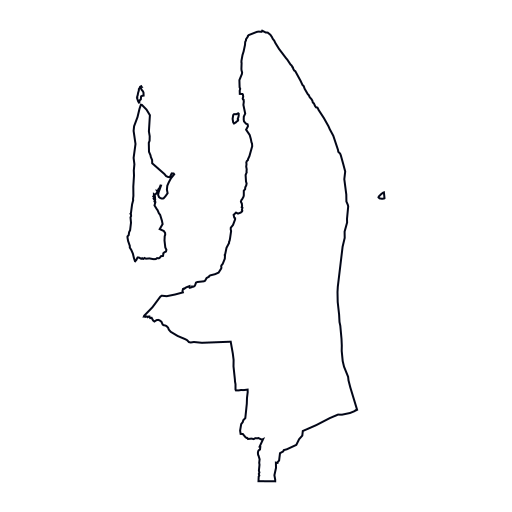 the district of Kaskazini A, Kaskazini-Unguja, United Republic of Tanzania
{"feature_id": "72390352B77186952625716", "entity_name": "Kaskazini A", "entity_type": "district", "adm_level": 2, "iso_a3": "TZA", "parent_name": "United Republic of Tanzania", "parent_adm1": "Kaskazini-Unguja", "projection": "robinson", "projection_center": [39.277, -5.856], "detail": "fine", "context": "isolated", "style": "outline", "palette": "ink", "viewbox_px": 512, "rotation_deg": 0, "n_neighbors": 0, "source": "geoboundaries", "source_scale": "gbopen_adm2", "svg_char_len": 6042}
<svg xmlns="http://www.w3.org/2000/svg" viewBox="0 0 512 512"><path d="M357.1,409.8L350.3,387.4L348.5,380.4L348.1,376.8L344.0,366.6L342.7,361.1L341.7,350.9L341.8,345.7L341.5,338.9L340.3,325.8L339.5,322.0L339.1,314.6L337.7,302.0L337.5,292.0L337.8,286.7L342.6,246.7L344.7,237.9L344.6,231.6L347.1,222.5L347.0,218.9L348.2,206.4L347.8,204.8L346.4,201.5L346.3,194.6L344.3,179.2L345.2,171.5L343.3,164.3L340.8,155.3L340.1,153.6L338.3,151.8L338.0,149.9L333.3,135.8L329.7,129.1L328.5,126.3L323.9,118.1L318.5,109.8L317.9,108.4L317.4,107.6L316.1,107.4L315.1,106.1L313.9,103.4L312.8,102.5L312.4,100.8L311.5,99.2L309.7,97.2L308.7,95.0L307.9,94.4L304.6,88.7L303.7,86.1L302.5,85.0L300.6,80.9L295.3,71.2L294.2,70.5L293.2,68.7L292.9,67.4L292.5,67.3L291.7,65.6L290.5,64.5L287.2,59.5L286.2,58.4L279.0,48.9L275.3,42.9L274.2,40.6L272.8,38.9L271.9,37.0L270.4,34.8L267.7,32.6L265.7,32.5L262.2,30.7L261.6,31.8L258.5,31.6L256.8,31.9L248.7,35.1L247.9,35.9L247.9,36.5L246.0,39.3L246.0,40.3L245.2,42.0L245.0,44.9L243.6,51.5L242.5,55.0L241.5,60.5L241.4,62.3L241.6,62.8L241.4,68.8L241.5,70.2L242.1,72.4L241.9,74.0L239.4,80.1L239.6,87.3L240.2,88.8L239.7,90.6L239.8,93.9L242.5,94.0L242.9,94.6L243.2,96.7L242.7,98.6L243.0,99.4L243.6,99.7L243.8,101.7L243.4,104.9L245.2,113.6L243.8,116.6L243.7,119.5L244.0,121.4L245.9,123.6L247.6,124.3L247.9,125.7L247.9,126.4L246.1,129.7L249.7,135.0L250.8,138.9L251.5,142.4L252.0,143.5L252.2,146.2L249.4,156.2L248.0,159.2L247.9,160.1L246.8,161.1L246.3,162.5L246.5,164.2L246.2,166.6L246.7,169.3L246.5,171.3L246.7,172.2L245.6,175.0L246.0,181.5L246.6,183.5L246.2,185.5L245.3,187.2L245.1,189.2L243.8,190.7L243.8,195.4L243.5,196.7L242.1,199.3L241.5,199.9L240.9,201.5L241.2,202.6L241.8,203.3L242.1,206.0L241.7,207.2L242.4,207.7L241.9,210.0L242.3,210.7L242.1,211.4L240.7,212.6L238.0,213.6L236.0,212.6L233.6,214.9L234.3,217.7L235.1,218.2L235.1,219.4L233.0,225.0L230.8,227.7L230.7,229.3L231.1,231.1L230.0,238.7L229.6,240.7L229.0,242.0L229.1,242.9L226.5,247.8L225.2,254.1L224.7,255.0L225.0,255.4L224.8,258.7L222.7,263.9L221.6,265.2L221.2,266.1L221.4,267.7L221.2,268.5L218.6,272.6L215.0,274.2L210.2,275.4L209.2,276.1L209.0,276.7L206.6,278.0L205.1,280.7L203.9,281.3L197.4,282.0L196.0,282.6L195.1,285.2L194.4,286.2L193.0,286.8L192.5,286.8L192.1,286.5L191.7,287.2L189.7,287.8L189.5,287.6L189.5,286.1L186.1,287.4L185.1,288.2L184.3,288.3L184.2,288.8L183.0,289.0L182.5,291.0L182.9,292.4L175.1,294.5L166.7,296.2L161.7,295.7L160.3,296.7L152.4,307.3L144.2,315.7L143.9,316.5L144.7,316.4L145.2,316.9L146.8,316.4L147.6,317.2L149.0,316.4L149.5,316.5L149.6,317.2L150.2,318.1L151.6,317.8L153.1,320.5L154.4,321.5L156.6,320.1L158.3,319.9L159.6,320.4L161.4,321.7L162.7,324.6L163.6,325.2L164.9,325.4L166.4,326.0L168.1,327.7L168.8,329.6L170.7,331.8L177.7,336.0L185.5,339.3L187.1,340.2L188.9,342.1L190.7,342.5L193.9,342.0L201.9,342.8L230.7,341.7L232.8,353.5L233.6,359.9L233.5,366.4L234.9,379.6L235.0,381.5L235.5,384.2L235.5,389.5L235.9,390.4L238.8,390.4L241.0,390.0L243.7,390.1L247.6,389.6L247.7,392.1L247.0,397.9L246.8,403.8L245.3,418.1L243.3,420.2L242.7,422.2L241.2,424.1L240.1,430.6L240.6,433.9L242.8,434.0L245.4,437.1L246.6,438.0L247.1,437.9L247.7,438.4L248.0,439.0L251.5,438.6L253.7,439.1L255.3,438.2L257.6,438.3L258.3,438.0L261.0,439.3L262.2,439.5L263.1,439.1L259.6,446.7L260.3,446.9L260.0,449.5L258.8,450.2L258.2,451.2L257.9,452.8L258.1,454.9L258.5,455.5L259.6,459.3L259.2,462.8L259.5,464.8L258.9,470.6L259.4,472.5L258.8,473.9L259.3,475.6L258.7,476.5L258.5,481.2L275.2,481.3L275.2,479.7L274.4,475.2L276.0,467.9L275.9,462.6L277.5,462.9L277.6,462.2L279.1,460.5L280.0,453.2L283.2,451.4L283.8,450.1L286.8,449.3L296.3,444.9L299.1,439.2L302.3,435.6L302.8,431.0L316.5,425.0L330.0,418.0L338.0,414.6L341.9,414.7L350.0,413.0L354.2,411.3L355.6,410.3L355.7,410.5L357.1,409.8ZM169.8,177.2L168.1,177.0L166.1,176.1L164.4,174.0L152.2,163.3L152.1,160.0L150.8,156.9L150.5,155.3L149.0,151.8L148.8,142.8L149.6,140.7L149.7,136.2L148.9,131.4L149.9,115.2L146.5,109.6L141.9,104.9L140.9,104.7L139.5,108.8L137.5,117.1L134.1,126.2L133.6,130.9L135.5,144.0L133.6,157.9L134.4,164.3L133.8,170.5L134.0,175.5L133.3,186.6L133.4,195.9L133.0,199.2L133.2,200.1L132.1,204.3L130.9,213.4L130.5,213.8L131.0,214.6L131.1,216.0L130.5,217.4L131.0,222.7L130.1,230.2L129.1,232.2L128.7,235.1L127.5,236.4L127.5,237.6L128.1,241.0L129.8,245.9L129.8,247.6L131.3,250.0L132.9,253.7L133.9,257.9L135.0,261.2L135.2,261.3L135.6,260.7L136.2,260.2L137.5,257.6L137.8,257.4L139.3,257.7L141.2,258.8L142.1,258.2L142.7,258.8L143.5,258.9L144.4,258.0L146.0,258.7L149.4,258.4L153.1,259.1L155.3,259.1L156.1,258.9L157.1,258.1L158.8,258.3L159.7,257.8L161.1,256.1L162.9,256.0L163.2,255.0L163.3,253.3L164.4,252.3L166.0,251.5L166.4,249.8L165.3,247.5L164.5,240.5L164.7,236.2L165.2,234.8L165.1,232.9L163.8,231.0L159.7,229.1L162.6,224.1L161.9,220.6L160.1,214.8L158.9,213.3L157.5,210.0L157.0,209.5L154.5,205.4L155.4,202.1L155.2,201.5L154.6,201.6L154.4,201.2L155.1,200.0L155.2,199.3L155.0,198.6L153.8,198.9L153.7,198.7L154.7,198.2L154.8,197.7L154.5,197.4L155.0,197.4L155.0,196.8L154.7,196.4L153.7,196.4L153.6,196.8L153.3,196.5L153.9,195.7L153.9,194.1L154.8,194.7L155.2,194.7L157.0,192.6L157.4,191.5L157.0,190.8L158.0,191.0L158.0,190.2L158.5,189.1L159.4,188.2L160.5,185.5L161.0,185.6L158.6,192.3L158.1,194.8L159.0,197.1L160.4,198.1L162.0,198.6L163.5,198.4L165.4,196.3L167.6,193.2L166.9,189.6L167.3,185.7L168.8,182.3L170.9,178.4L174.2,174.3L173.6,173.5L171.7,173.4L169.8,177.2ZM141.5,86.7L141.2,86.2L140.1,86.8L139.5,88.3L138.9,89.0L138.8,90.6L138.1,92.9L137.6,95.6L137.2,96.4L137.3,97.6L137.0,97.9L138.2,101.5L138.5,101.6L138.9,102.6L139.3,102.5L139.5,100.5L140.8,99.4L141.1,96.4L142.2,95.8L143.6,95.6L143.5,92.7L143.0,91.4L141.8,90.0L140.4,87.5L140.8,86.6L141.5,86.7ZM238.7,115.5L238.7,113.7L238.2,113.3L236.1,114.3L235.0,114.1L233.8,114.3L233.2,115.1L232.6,118.9L233.2,122.4L234.0,123.5L236.0,122.3L236.3,121.8L237.9,120.7L238.2,119.9L237.7,119.0L238.4,117.2L238.7,115.5ZM382.1,198.8L384.1,198.5L384.5,198.2L383.9,192.4L383.1,192.7L381.2,194.1L378.8,196.5L378.5,197.4L379.6,198.4L382.1,198.8Z" fill="none" stroke="#020617" stroke-width="2"/></svg>